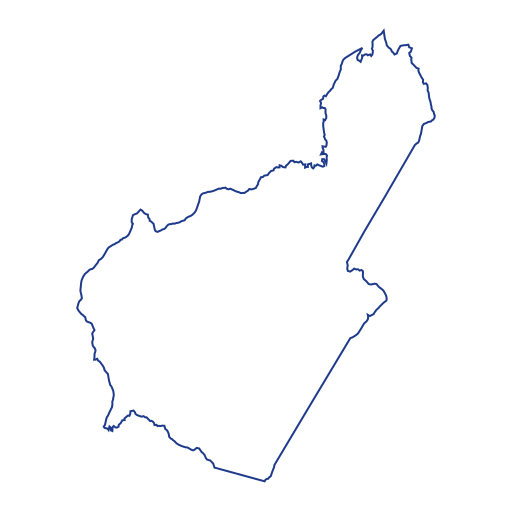 outline of Alto Garças, Mato Grosso, Brazil
{"feature_id": "56859067B91016668393749", "entity_name": "Alto Garças", "entity_type": "district", "adm_level": 2, "iso_a3": "BRA", "parent_name": "Brazil", "parent_adm1": "Mato Grosso", "projection": "equal_earth", "projection_center": [-53.581, -16.842], "detail": "fine", "context": "isolated", "style": "outline", "palette": "blue", "viewbox_px": 512, "rotation_deg": 0, "n_neighbors": 0, "source": "geoboundaries", "source_scale": "gbopen_adm2", "svg_char_len": 5988}
<svg xmlns="http://www.w3.org/2000/svg" viewBox="0 0 512 512"><path d="M348.9,258.9L364.6,231.0L384.5,197.4L414.9,145.0L416.8,143.3L418.1,142.7L419.1,140.7L420.1,135.9L420.8,134.4L421.2,132.5L422.3,126.1L423.8,124.0L426.6,122.9L428.1,122.0L431.1,121.4L432.0,120.3L433.2,119.7L434.4,117.9L434.8,115.5L434.1,114.2L433.6,111.8L432.3,110.3L431.5,108.4L431.5,106.5L430.9,104.7L430.7,103.0L430.2,100.8L429.5,99.1L429.1,97.0L428.6,92.6L427.6,90.4L427.8,87.8L427.4,85.1L426.1,83.4L423.7,83.8L422.9,82.2L423.1,79.7L421.5,77.4L419.0,72.5L418.4,70.7L418.6,68.6L416.6,68.0L412.9,64.1L411.7,63.1L411.5,61.3L411.2,59.7L411.5,57.6L409.9,56.0L409.2,52.9L410.9,51.6L411.9,48.3L409.2,47.3L408.4,44.7L405.5,45.2L404.1,45.2L400.5,45.9L398.6,49.1L397.6,51.2L396.9,53.4L394.5,54.5L393.2,52.6L391.7,51.4L391.2,49.6L389.9,48.4L388.7,47.6L386.8,45.3L386.2,42.6L384.9,38.9L383.7,30.7L381.5,33.6L379.7,35.0L378.6,35.4L377.6,36.5L373.1,40.2L372.4,41.9L372.6,43.8L372.5,47.2L371.9,48.6L372.9,50.9L372.7,53.0L372.2,54.8L371.2,56.0L370.1,54.4L367.8,55.3L366.7,54.3L365.1,54.4L363.4,55.6L362.0,55.4L362.2,57.6L360.6,61.8L359.3,60.7L357.7,60.0L357.1,58.1L357.4,56.4L358.2,54.7L359.7,52.9L361.0,49.9L362.4,47.9L355.3,51.6L345.3,57.9L343.5,59.5L342.6,61.1L341.8,63.9L340.8,65.8L340.8,69.5L340.1,71.1L339.1,73.8L338.7,75.4L337.4,78.9L335.5,80.8L333.7,84.7L332.8,87.8L331.2,89.2L329.9,90.9L328.3,92.4L327.3,93.8L325.9,96.2L324.4,95.6L323.4,96.4L323.0,98.8L321.2,99.9L320.0,101.0L321.1,103.0L320.5,105.4L320.5,108.2L322.3,107.3L323.3,108.0L324.7,108.0L325.5,109.2L325.5,113.0L326.3,115.7L326.3,117.9L325.1,120.1L323.6,119.5L323.7,121.5L323.2,123.2L323.2,126.0L324.1,132.7L324.7,134.9L323.9,136.5L324.6,137.8L325.2,139.5L326.3,140.6L326.8,142.7L326.4,145.6L325.7,146.8L322.5,146.3L322.7,148.1L323.4,149.7L323.6,152.4L322.9,154.0L325.7,154.0L327.0,155.5L326.6,157.5L326.8,159.9L326.4,163.3L325.8,161.9L324.1,159.2L322.3,159.1L321.9,160.9L323.5,162.1L324.4,164.3L324.3,166.1L322.8,166.7L319.1,165.3L317.3,164.4L316.0,165.7L314.5,165.4L314.2,167.2L313.2,168.4L311.8,167.3L311.2,165.2L311.1,163.4L307.8,164.4L307.9,166.9L306.6,167.0L305.1,167.6L305.2,164.4L303.1,164.7L301.9,162.6L300.7,161.3L298.6,162.5L296.1,161.8L294.4,162.2L293.3,160.7L290.6,160.9L287.5,164.6L286.1,165.6L285.5,167.4L282.9,167.1L281.4,165.8L279.6,165.3L279.5,167.4L277.9,167.5L276.4,167.1L274.0,168.7L273.6,170.3L271.0,171.0L269.1,173.0L267.6,175.1L264.3,175.6L262.8,177.1L261.1,177.1L258.3,182.1L258.0,184.3L256.8,186.1L255.9,187.9L253.2,189.0L251.4,189.4L249.3,189.0L248.0,190.6L244.3,193.0L242.7,192.9L240.9,193.1L238.6,192.1L236.1,191.4L230.4,188.7L228.3,189.3L226.6,188.7L225.5,187.7L222.0,188.1L220.7,188.8L218.9,188.6L214.0,190.7L212.1,191.3L209.9,191.8L207.9,191.9L205.9,192.7L203.0,193.4L201.5,194.4L200.1,196.6L199.2,201.4L196.5,209.2L195.5,211.3L194.7,212.5L192.6,214.6L190.9,215.8L187.7,217.1L185.8,218.5L184.6,220.3L182.3,220.9L181.0,221.4L179.9,222.2L178.4,222.7L176.4,223.0L174.6,223.7L173.0,223.5L171.3,224.1L169.8,224.1L168.2,224.7L166.4,226.6L165.4,228.1L163.9,229.1L162.3,229.5L160.8,230.5L159.2,231.1L157.7,231.9L155.6,231.2L154.7,229.3L153.5,223.7L150.8,221.3L149.7,220.8L149.6,219.1L148.3,217.7L147.8,214.6L146.1,214.2L144.1,213.0L142.1,210.5L140.5,209.6L136.9,213.5L135.1,214.1L132.9,215.2L132.4,217.2L131.7,219.1L131.7,222.3L132.9,223.9L132.1,225.5L131.8,227.7L128.9,234.3L127.3,236.1L125.8,237.2L124.5,237.8L123.1,238.2L121.8,239.6L120.5,239.8L119.4,241.4L117.6,242.5L116.0,243.1L114.8,244.1L113.0,244.7L108.5,247.6L107.3,249.3L104.7,254.0L102.7,257.2L100.9,259.0L98.8,260.2L97.8,262.5L93.8,267.7L92.2,269.0L90.7,269.2L89.5,269.8L87.9,271.4L84.9,274.0L83.1,276.8L81.6,280.4L81.2,282.5L80.4,290.3L80.7,292.5L81.3,294.6L81.9,298.3L80.5,300.2L79.5,301.0L78.6,302.8L77.2,308.0L78.5,310.6L81.4,314.1L82.7,314.8L83.6,315.9L85.2,317.1L85.9,320.3L87.0,321.6L90.2,322.7L91.7,323.7L93.4,327.9L94.5,330.1L93.1,332.0L92.2,333.6L93.2,338.6L92.2,342.1L92.6,344.8L93.3,346.6L94.5,347.7L95.5,350.0L95.3,351.7L94.6,353.5L94.4,358.0L94.1,359.7L95.5,359.7L97.2,358.8L98.0,360.5L99.9,361.8L102.9,365.9L103.9,367.7L104.7,370.4L107.9,374.0L109.0,380.5L110.3,385.2L111.3,386.2L113.2,390.6L113.6,393.1L113.8,395.5L113.3,397.5L113.1,399.4L112.3,401.6L112.4,404.3L112.0,407.1L109.1,413.0L108.0,415.6L107.0,417.0L106.2,419.3L105.0,424.8L103.7,426.7L104.6,427.9L107.5,428.6L108.6,430.1L109.5,426.5L110.7,427.7L111.0,430.4L112.3,431.0L112.5,429.3L112.4,427.4L113.7,426.0L115.3,427.4L116.7,427.6L118.5,426.8L118.8,424.8L120.8,423.0L122.3,420.3L124.6,420.1L124.5,418.4L127.0,416.3L128.1,415.5L129.4,415.8L130.2,414.1L130.5,411.2L133.6,410.6L134.8,412.0L135.6,414.0L136.9,415.0L139.8,416.1L141.5,416.6L143.6,416.2L145.1,417.3L146.5,417.3L150.2,421.1L151.4,420.8L153.0,421.7L154.0,423.1L154.5,425.1L156.5,424.8L157.5,426.1L159.0,425.8L160.2,426.1L162.5,425.6L164.4,425.8L165.3,429.0L166.8,430.1L167.7,431.4L168.7,433.9L169.2,436.8L170.6,438.4L172.0,439.1L173.2,440.3L174.5,441.2L176.6,443.4L178.7,444.7L181.5,446.0L185.4,447.3L186.6,447.3L188.1,447.8L191.4,449.8L193.1,450.3L194.5,449.7L196.7,447.9L199.2,448.5L201.7,452.2L202.9,453.0L204.5,454.9L205.9,458.1L207.1,459.6L210.3,460.5L213.2,463.6L214.5,467.6L264.6,481.3L265.5,479.7L266.8,479.0L268.2,478.7L269.3,477.2L270.7,476.3L272.2,471.9L274.2,466.8L274.3,465.2L308.7,407.5L350.4,338.0L352.2,337.5L354.4,336.2L356.6,334.7L358.0,333.5L361.9,327.3L363.9,323.7L365.3,322.3L366.3,321.6L367.8,319.4L368.2,317.0L367.8,314.8L369.4,315.9L370.5,315.8L371.6,315.1L373.6,314.1L374.9,311.9L376.4,309.9L378.4,308.1L379.9,306.3L383.6,302.7L386.3,300.7L386.7,299.1L386.5,297.1L385.9,295.1L383.6,290.9L382.4,289.6L379.0,287.0L376.4,284.0L374.7,283.7L371.6,284.4L370.0,284.4L368.7,284.0L366.1,281.0L363.8,279.1L363.0,277.0L362.8,274.8L363.0,273.0L362.8,271.0L361.4,270.0L359.6,270.6L358.1,269.3L356.0,269.4L354.2,268.6L352.2,270.3L350.1,271.6L348.0,271.0L347.3,269.3L347.3,267.7L347.7,265.6L347.4,263.8L346.9,262.1L348.9,258.9ZM322.9,154.0L321.9,152.5L321.0,154.4L322.9,154.0Z" fill="none" stroke="#1e3a8a" stroke-width="2"/></svg>